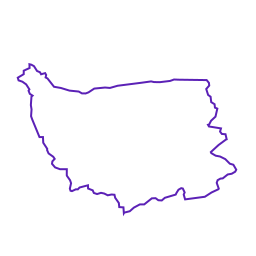 Naranjito, Puerto Rico (Equal Earth projection), rotated 77°
{"feature_id": "32010507B80614899484924", "entity_name": "Naranjito", "entity_type": "district", "adm_level": 2, "iso_a3": "PRI", "parent_name": "Puerto Rico", "parent_adm1": "", "projection": "equal_earth", "projection_center": [-66.251, 18.288], "detail": "fine", "context": "isolated", "style": "outline", "palette": "violet", "viewbox_px": 256, "rotation_deg": 77, "n_neighbors": 0, "source": "geoboundaries", "source_scale": "gbopen_adm2", "svg_char_len": 1800}
<svg xmlns="http://www.w3.org/2000/svg" viewBox="0 0 256 256"><g transform="rotate(77 128 128)"><path d="M99.0,40.6L92.4,67.5L91.1,72.3L91.3,73.7L91.6,76.5L90.5,86.7L89.1,92.3L87.8,95.0L86.9,105.0L84.5,128.6L84.9,136.6L83.4,141.3L82.0,152.0L84.4,158.5L84.8,161.5L83.9,165.1L81.4,167.8L78.4,176.6L73.9,184.4L71.2,190.8L61.6,195.3L60.2,196.9L57.9,195.8L55.9,196.4L56.1,200.6L53.9,201.2L52.0,203.8L46.6,205.7L44.6,207.9L43.7,209.7L47.4,210.4L48.7,216.7L52.1,217.5L54.2,224.1L57.0,223.9L59.1,220.5L62.6,217.4L68.2,215.4L69.3,216.5L72.6,216.0L75.0,213.7L75.7,215.0L83.8,217.5L88.2,217.8L94.7,219.8L98.1,219.4L116.9,216.3L117.7,212.9L123.3,213.9L130.1,211.4L131.3,211.8L134.9,211.1L139.2,207.3L141.6,206.4L143.5,209.2L145.8,210.1L150.0,207.9L152.8,203.6L154.4,196.9L160.3,198.3L161.0,198.2L165.9,196.2L169.0,195.9L174.0,198.3L176.2,198.1L176.9,196.8L176.0,192.6L176.5,190.7L175.1,188.6L174.8,179.9L178.0,180.5L180.8,176.4L183.6,175.9L185.4,173.0L185.1,168.9L186.5,165.9L189.0,162.9L189.1,159.0L190.0,156.2L193.1,156.2L199.0,153.8L203.1,154.3L204.3,150.3L210.1,151.2L209.6,150.7L209.5,145.0L206.9,140.2L205.1,133.6L206.1,129.4L204.7,126.5L201.9,120.6L202.6,116.9L205.2,114.7L206.2,111.4L204.3,107.8L203.6,96.5L202.2,95.4L199.5,92.7L198.6,89.7L199.3,88.2L203.5,87.3L205.4,88.7L210.4,88.4L212.2,69.5L212.3,68.6L209.6,61.1L208.0,53.7L207.5,53.2L201.4,53.9L199.0,52.4L198.1,49.3L198.4,47.0L195.7,41.3L195.9,37.2L194.7,33.4L193.0,31.9L187.5,33.6L185.7,36.8L180.2,40.2L176.5,44.7L174.7,48.8L171.2,52.5L170.1,52.7L165.0,43.7L161.3,35.2L161.2,34.4L156.0,34.4L154.9,37.9L152.2,39.1L149.3,37.5L144.7,48.8L142.9,49.3L142.9,48.2L139.6,45.4L136.6,40.2L129.2,36.6L127.7,38.7L124.3,38.3L121.5,41.1L116.1,40.5L113.8,42.5L107.6,43.0L104.9,39.3L102.2,39.0L99.0,40.6Z" fill="none" stroke="#5b21b6" stroke-width="2"/></g></svg>